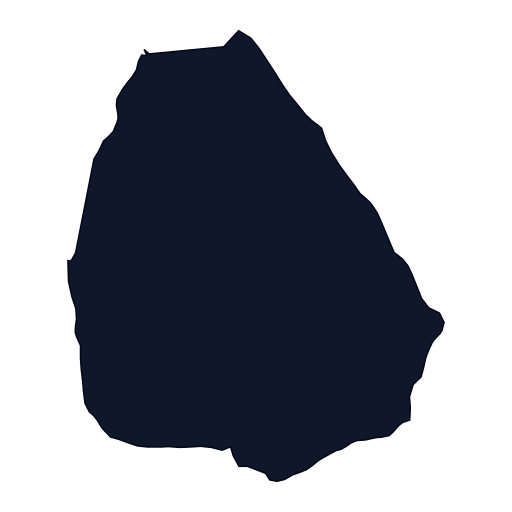 outline of Bonchari, Nyanza, Kenya
{"feature_id": "3690345B50760924854388", "entity_name": "Bonchari", "entity_type": "district", "adm_level": 2, "iso_a3": "KEN", "parent_name": "Kenya", "parent_adm1": "Nyanza", "projection": "natural_earth1", "projection_center": [34.697, -0.659], "detail": "fine", "context": "isolated", "style": "filled", "palette": "ink", "viewbox_px": 512, "rotation_deg": 0, "n_neighbors": 0, "source": "geoboundaries", "source_scale": "gbopen_adm2", "svg_char_len": 1829}
<svg xmlns="http://www.w3.org/2000/svg" viewBox="0 0 512 512"><path d="M409.7,420.1L410.3,408.1L409.5,396.7L413.2,384.5L421.0,377.0L423.3,368.8L424.1,365.3L425.5,358.9L427.5,353.1L429.6,348.1L432.0,342.9L434.4,339.4L440.3,333.3L442.0,330.4L444.1,322.4L439.5,313.1L428.7,307.8L421.6,298.5L418.2,289.9L414.9,281.7L413.2,277.4L411.6,273.6L408.0,266.0L402.7,259.2L394.1,252.4L390.1,243.1L386.7,234.9L382.4,224.6L377.4,213.2L372.2,205.3L370.2,202.7L365.9,198.6L360.1,193.7L354.3,185.3L347.5,176.4L339.2,165.0L335.7,159.3L332.4,154.2L331.0,151.7L325.6,140.7L321.6,128.2L317.8,125.1L313.6,122.1L311.2,120.1L305.2,114.3L296.9,103.9L289.5,95.0L282.6,85.0L277.5,76.8L275.3,73.2L271.6,67.5L266.9,60.3L258.9,48.2L250.9,38.2L238.6,30.7L223.7,46.8L149.1,53.9L144.1,49.5L146.9,55.7L141.7,55.0L138.6,61.1L136.4,70.0L132.4,76.5L129.6,80.0L127.9,81.9L122.8,88.8L120.3,93.1L117.0,98.9L116.4,105.3L117.9,114.3L118.1,118.4L117.1,122.1L113.3,131.5L108.5,136.6L103.5,141.0L100.0,148.6L97.9,152.6L94.0,158.9L75.6,252.8L71.0,261.0L67.9,260.6L68.5,281.3L71.9,296.7L75.9,308.8L76.5,319.2L75.4,327.1L75.2,332.0L76.4,336.2L80.5,345.6L80.5,358.1L81.2,368.8L82.7,381.7L83.6,392.2L85.0,403.3L89.3,411.8L93.7,415.7L97.2,420.1L100.9,426.3L102.4,428.5L110.5,437.0L119.4,439.5L127.8,442.7L137.3,445.9L147.5,447.0L160.5,447.0L168.5,446.6L179.9,447.4L189.5,447.0L200.6,446.3L211.2,447.4L222.2,450.2L230.5,446.8L233.3,455.9L238.9,466.3L247.2,466.3L256.8,469.9L265.6,473.4L269.7,479.9L276.8,481.3L284.5,479.5L292.6,474.9L299.7,472.4L306.3,469.7L312.2,465.6L317.3,461.4L319.4,459.9L322.2,458.2L330.2,453.8L336.0,450.6L338.9,449.9L341.4,449.1L346.7,446.1L351.1,442.9L357.1,440.5L364.8,440.0L367.6,439.5L370.0,438.9L376.9,437.5L381.6,437.2L389.1,435.6L392.8,432.3L397.3,427.1L399.6,424.8L402.9,422.3L409.7,420.1Z" fill="#0f172a" stroke="#020617" stroke-width="1.5"/></svg>